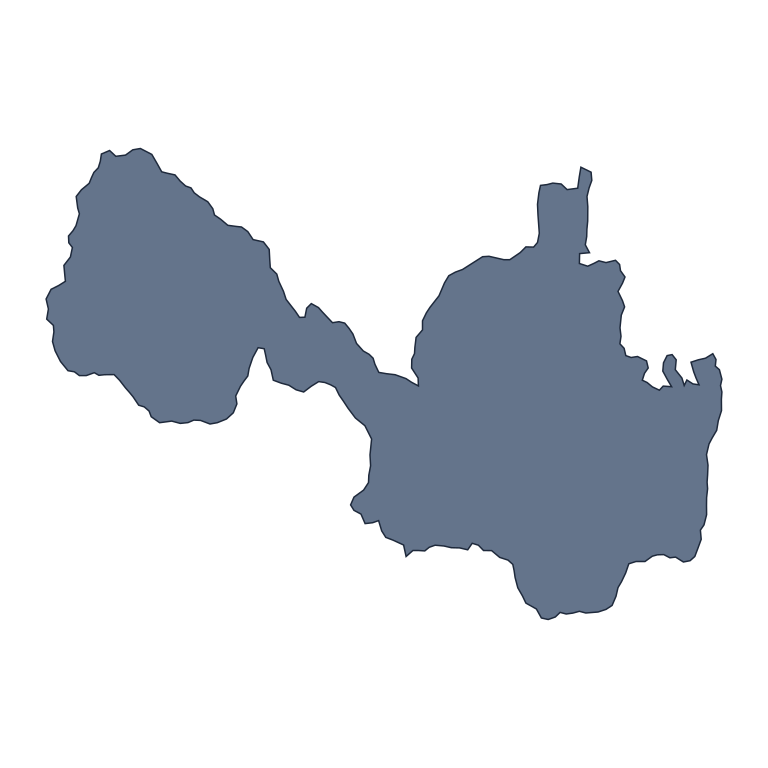 Moiporá, Goiás, Brazil
{"feature_id": "56859067B10398357530750", "entity_name": "Moiporá", "entity_type": "district", "adm_level": 2, "iso_a3": "BRA", "parent_name": "Brazil", "parent_adm1": "Goiás", "projection": "natural_earth1", "projection_center": [-50.773, -16.509], "detail": "fine", "context": "isolated", "style": "filled", "palette": "slate", "viewbox_px": 768, "rotation_deg": 0, "n_neighbors": 0, "source": "geoboundaries", "source_scale": "gbopen_adm2", "svg_char_len": 4011}
<svg xmlns="http://www.w3.org/2000/svg" viewBox="0 0 768 768"><path d="M721.9,379.2L719.4,369.7L715.3,366.1L716.0,359.5L712.8,353.7L705.5,358.2L698.3,359.8L691.0,362.2L693.7,371.8L696.0,377.9L699.0,384.8L692.9,383.9L686.9,380.0L684.2,385.5L681.9,378.0L675.3,369.7L676.2,359.8L672.1,354.6L667.1,355.6L663.5,362.8L662.8,371.1L667.4,379.6L671.6,386.7L663.2,386.1L659.4,390.2L652.4,386.9L647.1,382.5L642.3,380.2L644.5,373.3L648.2,368.0L646.5,360.9L637.5,356.5L631.1,357.5L625.8,355.6L624.1,348.3L619.9,343.8L621.0,336.3L620.0,327.9L621.3,315.1L624.6,306.9L622.5,300.7L618.0,291.4L622.5,283.2L625.0,277.0L620.5,270.7L619.6,264.5L615.5,260.3L606.0,262.6L598.9,260.8L594.1,263.3L587.7,266.2L579.4,263.5L579.6,253.6L589.5,252.7L585.3,244.8L586.7,236.6L586.9,229.4L587.7,221.1L587.8,206.6L587.0,196.5L589.1,187.9L591.8,180.4L591.1,172.2L580.9,167.2L579.3,176.7L577.7,188.2L567.1,189.6L561.2,184.0L552.8,183.1L547.0,184.6L540.5,185.4L538.9,192.8L537.5,204.3L538.0,215.2L539.3,233.3L537.5,242.5L533.6,247.1L525.9,246.9L520.2,252.6L509.8,259.7L503.9,259.7L489.0,256.3L482.6,256.7L462.5,269.5L455.4,272.1L448.8,275.7L444.5,282.9L439.0,295.8L433.6,302.7L430.0,307.3L426.4,312.8L422.5,320.8L422.5,329.9L416.1,337.4L414.9,347.3L414.5,353.6L411.8,359.2L411.6,368.0L418.1,378.0L418.4,385.9L411.6,382.3L406.0,378.6L395.1,374.7L386.5,373.7L378.8,372.4L374.9,364.2L373.1,358.2L369.1,354.3L363.3,351.0L356.5,343.4L352.9,334.0L349.0,328.3L344.7,323.1L339.0,321.7L332.5,322.7L326.9,316.8L322.2,311.8L318.5,307.6L311.3,303.6L306.7,308.2L304.9,317.2L299.5,317.4L295.3,311.2L291.0,305.7L286.1,299.4L283.5,291.4L278.8,281.3L276.8,274.1L270.3,267.7L269.8,260.6L269.2,249.4L263.4,241.9L253.1,239.6L247.8,231.6L241.5,227.0L236.0,226.4L227.8,225.3L220.6,219.2L214.5,215.0L212.8,208.7L207.8,201.8L199.4,196.8L194.2,192.8L191.0,187.9L185.6,186.0L180.1,181.0L175.0,174.9L167.1,173.2L161.7,171.8L156.9,163.2L151.8,154.4L140.4,148.5L132.8,149.8L125.5,155.1L115.8,156.3L109.6,150.5L101.4,154.0L100.3,161.3L98.3,167.8L93.9,172.4L91.4,177.8L89.2,183.3L81.4,189.8L76.2,196.5L77.7,208.0L79.4,213.8L76.0,225.7L73.0,230.7L68.5,236.0L68.8,242.8L72.4,247.5L70.4,257.0L63.9,265.4L64.6,273.1L65.4,281.3L58.7,285.5L51.1,289.3L46.1,299.0L48.4,309.0L46.7,319.1L53.4,325.4L53.9,331.9L52.5,341.5L55.1,350.8L60.5,361.5L68.0,370.7L74.4,371.8L79.4,375.6L86.2,375.6L94.3,372.7L98.9,375.3L104.6,374.7L114.1,374.6L119.6,380.3L125.5,387.9L129.2,392.1L133.0,396.7L138.7,405.2L144.3,406.9L149.1,411.1L151.2,416.7L159.6,422.7L171.7,421.1L180.3,423.4L188.0,422.6L193.8,420.1L200.5,420.4L210.0,424.0L217.3,422.7L226.5,419.0L233.3,412.8L236.9,403.9L235.7,396.0L240.5,386.2L244.1,380.9L247.8,376.0L249.1,368.4L252.8,357.5L258.1,347.7L264.2,348.7L265.6,355.0L267.1,362.5L271.0,369.7L273.3,380.2L281.3,383.2L288.8,385.2L296.1,389.8L303.7,392.0L311.3,386.2L318.7,381.6L324.9,382.5L330.6,384.8L335.5,387.5L339.2,395.1L343.3,401.0L348.1,408.3L355.4,418.0L364.9,425.7L371.6,439.0L370.8,447.0L370.0,454.9L370.6,465.8L368.8,475.3L368.5,482.6L363.6,490.1L354.0,497.1L350.6,504.9L354.0,510.4L361.0,514.1L365.1,523.6L372.7,522.7L378.6,520.6L381.7,530.9L385.8,537.4L392.9,540.1L403.6,545.0L406.1,556.5L412.9,550.5L418.3,550.5L424.8,550.9L429.2,547.3L435.1,545.2L444.0,546.0L451.3,547.7L459.7,547.9L467.7,549.8L472.2,543.3L478.4,545.2L483.5,550.5L491.6,550.6L499.7,557.4L508.0,560.1L512.8,564.4L514.1,570.6L515.1,577.5L517.8,587.8L522.5,596.0L525.9,603.1L536.4,609.0L541.4,618.0L548.2,619.5L555.3,617.0L560.1,612.4L566.2,614.0L572.8,613.1L579.4,611.3L585.8,613.0L598.1,612.0L606.0,609.4L612.1,605.4L616.0,596.3L618.0,587.6L621.5,581.7L625.7,572.9L628.8,563.8L636.0,561.5L645.0,561.5L652.3,556.2L657.4,554.8L663.8,554.6L669.9,557.8L675.6,557.1L683.4,562.0L690.1,560.7L694.8,556.5L697.9,548.3L701.2,539.3L700.4,530.1L704.0,524.9L706.6,514.7L706.5,505.5L706.6,497.6L707.6,488.7L707.1,482.2L707.6,475.0L708.0,465.2L706.5,454.6L709.0,444.0L712.2,437.9L716.7,430.3L718.3,420.7L721.5,410.6L721.4,399.3L721.9,392.0L720.5,385.6L721.9,379.2Z" fill="#64748b" stroke="#1e293b" stroke-width="1.5"/></svg>